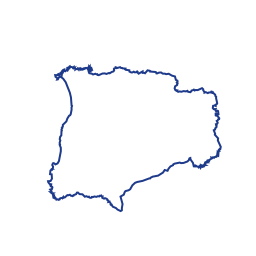 Lebak, Banten, Indonesia (Robinson projection), rotated 72°
{"feature_id": "22746128B73767534141998", "entity_name": "Lebak", "entity_type": "district", "adm_level": 2, "iso_a3": "IDN", "parent_name": "Indonesia", "parent_adm1": "Banten", "projection": "robinson", "projection_center": [106.147, -6.643], "detail": "fine", "context": "isolated", "style": "outline", "palette": "blue", "viewbox_px": 256, "rotation_deg": 72, "n_neighbors": 0, "source": "geoboundaries", "source_scale": "gbopen_adm2", "svg_char_len": 5796}
<svg xmlns="http://www.w3.org/2000/svg" viewBox="0 0 256 256"><g transform="rotate(72 128 128)"><path d="M181.7,50.5L180.7,50.1L180.3,50.7L179.8,50.0L179.4,50.4L179.2,49.9L178.7,50.0L178.6,49.5L177.9,49.7L178.0,48.1L176.8,48.3L176.3,47.4L176.5,46.7L174.6,45.6L167.5,46.4L165.7,45.5L161.2,47.5L160.5,46.9L156.6,47.1L156.3,45.6L155.2,45.1L154.6,43.7L153.4,43.1L153.1,43.4L151.6,43.2L151.8,42.3L150.8,41.1L148.7,41.4L148.5,40.3L147.7,39.7L147.7,38.6L146.9,38.2L143.4,39.5L143.5,40.4L143.1,40.7L141.4,40.2L141.5,39.5L142.9,38.8L142.9,37.7L139.7,37.1L139.3,37.4L139.4,39.0L138.2,39.4L137.1,38.7L136.5,40.7L135.2,41.2L133.2,40.2L133.4,38.6L134.1,37.8L132.9,37.5L132.8,36.3L132.0,35.5L126.8,35.0L125.6,34.5L124.7,35.0L123.2,34.8L121.2,36.0L120.9,36.7L120.3,36.4L120.2,36.9L119.4,37.0L119.1,37.5L119.8,38.3L119.2,40.2L119.5,41.3L117.9,43.0L118.0,44.4L117.3,44.2L115.5,44.8L114.4,44.5L113.0,45.3L113.5,50.0L112.8,51.8L112.9,53.0L112.0,53.2L111.6,52.7L112.1,54.4L112.0,56.0L112.8,56.7L113.2,57.7L112.1,59.7L111.0,60.0L111.1,61.6L110.1,63.7L110.0,66.1L109.2,67.5L109.1,69.1L107.6,70.4L107.3,69.8L106.4,71.3L104.7,71.4L102.9,70.3L102.3,68.0L101.3,67.8L101.1,67.1L99.8,66.9L99.6,67.2L99.1,66.5L98.2,66.4L97.0,67.6L93.5,67.4L91.8,70.0L89.0,72.5L88.6,75.1L87.8,76.0L87.0,78.2L85.4,79.4L84.9,81.5L85.1,83.6L84.8,84.1L83.7,84.1L83.2,84.6L81.2,89.4L80.8,89.2L80.3,89.6L79.2,91.6L81.2,94.9L80.6,95.5L80.1,97.0L78.7,96.6L79.6,101.1L78.1,101.8L77.4,101.5L77.0,101.8L77.5,103.0L77.2,104.3L76.2,105.1L76.5,106.5L76.2,107.7L74.8,109.2L73.5,108.9L72.0,112.1L71.3,112.6L70.7,112.1L69.6,114.7L69.2,114.9L68.8,116.0L67.7,116.7L67.6,120.1L67.0,120.2L66.5,120.9L67.2,121.1L67.1,122.7L67.5,123.2L69.0,123.4L69.7,124.4L69.7,126.1L70.3,128.5L69.8,129.0L69.9,131.9L68.9,133.2L68.3,135.5L68.7,139.5L68.3,140.3L67.4,140.5L67.4,141.2L66.3,142.3L66.3,144.7L65.2,145.6L63.9,147.9L62.4,148.0L62.3,147.5L60.9,147.4L60.8,147.8L60.4,147.9L60.7,147.6L60.2,146.8L60.3,146.2L61.3,146.4L62.2,146.2L63.0,145.2L61.7,146.3L61.0,146.2L61.4,145.9L61.5,145.6L60.1,146.2L59.7,144.5L60.5,144.5L60.7,144.3L59.6,144.3L59.4,145.2L59.8,145.4L59.9,147.1L59.1,146.6L58.8,144.6L58.8,145.9L58.3,145.7L58.7,146.2L58.3,146.1L58.4,146.5L58.1,146.1L58.1,144.9L57.8,144.5L58.1,144.9L57.5,145.5L57.8,145.8L57.3,146.0L58.1,146.4L58.1,146.9L58.9,147.2L57.8,149.5L57.7,150.9L58.3,150.9L58.4,152.3L58.0,152.3L58.3,152.9L57.8,153.1L58.0,153.6L57.5,153.6L57.1,154.1L57.4,154.6L56.9,154.7L57.2,155.1L56.6,155.0L56.3,156.1L56.7,156.5L56.3,156.5L56.6,157.3L55.9,157.5L56.3,158.0L55.9,158.9L56.1,159.8L55.6,159.5L54.6,160.5L54.3,160.2L54.4,161.0L53.8,160.8L53.8,161.4L53.4,161.2L53.6,161.7L52.6,162.6L52.2,164.1L51.3,164.2L51.5,164.8L52.3,164.9L52.1,166.5L53.2,165.9L53.2,167.6L54.0,167.0L54.7,167.8L53.9,168.5L54.7,170.1L54.3,170.7L53.7,170.7L54.0,171.5L52.7,171.0L52.8,171.9L53.3,172.7L54.0,172.2L55.0,172.7L54.2,173.8L54.8,175.0L55.2,174.9L55.3,173.7L57.1,174.6L56.0,175.2L56.0,176.5L56.7,176.8L56.5,177.2L55.2,177.2L55.3,178.1L55.9,178.3L56.0,178.7L55.2,180.9L56.9,181.1L59.1,179.6L60.0,180.4L60.1,179.7L58.5,178.1L58.3,176.8L58.7,176.0L61.1,174.4L65.2,173.1L76.4,172.4L81.3,172.8L89.1,174.7L89.7,174.4L91.1,175.4L93.2,176.0L97.3,178.3L98.0,179.2L98.1,180.2L100.3,182.8L102.7,184.6L104.9,189.0L106.4,189.5L106.8,190.2L107.4,190.3L107.5,190.9L108.1,190.9L109.2,191.9L110.0,191.7L110.6,192.3L114.4,193.7L115.4,195.2L117.5,196.4L118.9,196.2L121.1,197.7L122.7,197.7L122.9,198.2L126.0,198.0L129.4,199.1L138.1,203.9L139.9,205.9L140.2,208.3L138.8,209.1L138.3,210.0L139.0,210.9L139.8,211.5L141.5,211.2L142.9,211.8L143.8,213.1L144.3,213.3L144.1,214.1L144.5,214.9L147.8,216.4L148.5,214.9L152.7,216.0L154.5,218.0L153.9,220.5L155.0,220.6L157.1,219.8L157.8,218.4L158.4,218.7L158.4,219.5L159.6,219.5L160.5,218.3L161.0,218.2L162.5,219.1L162.5,221.0L164.6,220.2L165.4,220.7L165.1,221.5L166.2,220.9L167.0,219.2L167.2,219.8L167.9,220.1L169.1,219.0L169.7,219.4L169.6,220.2L171.0,220.4L171.2,218.9L172.0,218.6L172.4,219.3L173.8,217.7L174.0,217.8L174.0,217.2L174.9,216.1L174.6,215.8L174.7,215.0L174.1,214.8L173.9,214.1L174.1,212.2L174.5,212.0L173.7,211.0L174.4,211.0L174.2,210.0L174.5,209.6L173.1,206.4L173.5,205.8L173.5,203.9L175.0,203.0L175.2,201.8L175.6,201.7L175.5,200.6L175.0,200.2L174.9,197.8L173.7,196.6L173.9,195.6L175.9,194.5L177.0,191.8L180.0,190.3L180.0,188.7L181.3,187.3L181.2,186.4L182.1,186.2L182.7,185.5L183.0,184.2L182.4,183.7L182.9,182.1L182.7,181.2L183.7,179.4L183.6,177.7L184.2,176.5L183.7,175.8L184.1,175.0L183.9,174.4L184.9,174.1L185.2,173.3L186.4,174.0L187.1,173.4L187.8,172.6L187.6,171.6L188.8,170.1L189.9,169.6L190.3,169.9L191.4,169.1L191.8,169.3L192.1,168.7L192.4,169.1L192.5,168.5L193.9,167.9L195.4,167.7L195.6,168.1L196.1,167.8L196.0,167.2L198.1,166.8L200.4,164.2L202.3,163.2L204.7,160.7L204.4,159.3L202.1,158.5L198.7,156.7L190.9,156.3L190.1,152.6L188.0,151.0L187.2,149.9L187.4,146.7L186.9,144.8L183.9,141.6L182.3,138.2L182.2,135.8L182.8,130.5L182.5,123.2L182.8,122.7L182.2,121.5L181.9,119.5L182.6,114.1L181.2,108.5L179.3,106.1L180.9,103.6L179.2,102.0L177.6,99.4L177.3,96.7L176.6,96.2L176.3,94.7L176.9,89.4L177.8,88.4L178.4,85.9L178.2,81.8L177.3,80.0L176.6,79.6L176.7,79.0L175.8,78.7L175.8,78.0L177.1,78.3L181.3,77.0L184.8,77.3L185.3,76.0L184.9,75.7L184.5,76.1L184.3,75.7L185.0,74.9L185.6,74.9L186.3,73.4L187.2,73.1L186.6,72.1L187.8,71.6L187.1,71.2L188.2,71.2L187.0,69.7L186.3,70.2L185.9,70.0L186.3,69.2L188.0,69.0L188.0,67.7L187.1,67.5L187.3,65.9L186.4,66.9L185.8,66.2L185.7,65.4L184.6,65.3L184.4,64.0L185.2,63.6L185.3,63.1L184.8,63.5L183.5,62.6L183.6,62.1L184.4,62.6L184.2,61.8L183.7,61.5L184.3,60.9L183.4,60.2L182.9,58.1L181.9,57.9L182.7,57.1L182.1,56.1L182.9,55.4L182.4,54.4L182.7,52.9L182.1,52.7L181.7,52.0L182.3,51.1L181.4,51.0L181.7,50.5ZM143.6,213.9L143.7,213.5L143.7,213.2L143.5,213.5L143.6,213.9Z" fill="none" stroke="#1e3a8a" stroke-width="2"/></g></svg>